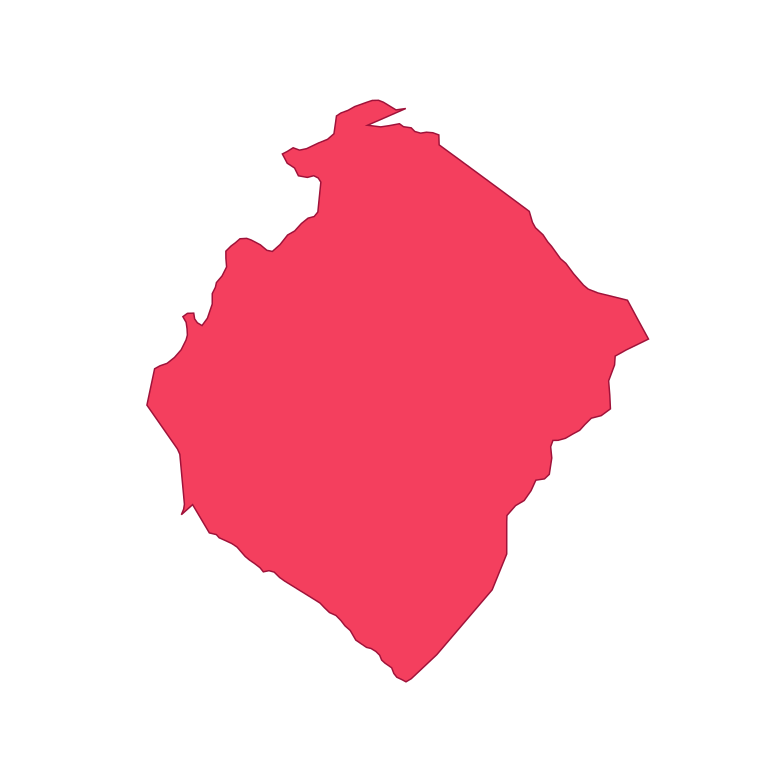 São José de Espinharas, Paraíba, Brazil (Equal Earth projection), rotated 49°
{"feature_id": "56859067B13371675739856", "entity_name": "São José de Espinharas", "entity_type": "district", "adm_level": 2, "iso_a3": "BRA", "parent_name": "Brazil", "parent_adm1": "Paraíba", "projection": "equal_earth", "projection_center": [-37.406, -6.814], "detail": "fine", "context": "isolated", "style": "filled", "palette": "rose", "viewbox_px": 768, "rotation_deg": 49, "n_neighbors": 0, "source": "geoboundaries", "source_scale": "gbopen_adm2", "svg_char_len": 2246}
<svg xmlns="http://www.w3.org/2000/svg" viewBox="0 0 768 768"><g transform="rotate(49 384 384)"><path d="M551.3,229.4L540.4,220.8L529.0,212.4L520.9,197.5L514.6,191.2L517.2,178.8L523.6,154.9L502.7,150.3L480.5,145.3L455.5,162.9L446.4,167.6L440.2,168.6L432.7,168.6L425.1,168.6L412.3,167.6L405.2,168.6L390.0,167.2L384.2,167.2L375.8,166.1L365.4,167.2L359.4,165.9L349.0,161.1L321.2,167.2L293.9,173.3L280.5,176.3L239.7,185.5L232.0,179.2L226.4,182.3L221.8,186.8L218.7,191.8L213.6,195.1L208.5,195.4L202.6,200.5L197.7,201.6L192.3,210.8L187.8,217.8L182.9,222.2L177.9,226.7L190.4,186.8L185.0,195.1L170.9,199.6L166.3,202.0L162.3,206.8L160.1,212.1L155.4,224.1L153.9,231.5L151.2,238.7L150.5,244.0L155.4,249.6L162.3,257.6L162.3,266.1L159.2,275.0L155.6,288.0L152.1,294.3L146.1,297.6L145.0,304.5L143.7,309.8L153.9,312.2L162.3,309.8L170.7,312.0L177.8,306.3L180.7,300.4L185.3,298.5L190.2,299.2L210.8,321.1L211.8,326.8L209.0,332.5L208.7,341.1L209.9,351.0L208.3,359.0L210.6,371.0L210.7,381.3L206.2,384.7L197.9,386.0L192.9,387.9L188.1,389.8L184.0,392.1L179.9,397.4L179.9,403.5L179.5,409.0L180.0,416.2L185.6,421.0L192.4,426.0L196.2,435.3L197.5,443.9L200.4,447.8L203.1,454.3L211.0,461.2L218.5,474.1L220.5,483.0L215.4,484.7L210.6,484.2L205.7,481.1L201.7,486.0L201.2,491.6L207.7,492.9L213.1,496.4L218.1,500.3L220.9,504.5L225.1,514.6L226.5,524.7L226.1,534.2L223.3,541.1L222.0,547.1L244.4,576.8L297.5,582.5L303.1,584.2L310.6,589.6L343.8,613.5L347.0,617.3L349.7,622.7L349.5,607.6L381.8,613.5L387.7,609.3L391.9,609.3L397.5,606.7L404.4,603.6L410.6,601.9L415.7,601.9L423.1,601.9L428.7,601.0L434.4,599.5L441.3,598.1L446.6,598.3L449.4,593.3L453.9,590.3L461.6,589.7L467.8,588.2L500.4,578.1L507.3,576.0L513.9,575.7L520.7,575.1L527.2,572.1L534.2,571.7L540.9,572.1L547.9,571.2L554.1,572.4L558.8,573.3L565.7,571.5L571.3,570.0L575.1,567.3L580.5,565.6L585.8,565.2L590.8,566.9L595.3,566.4L603.2,564.4L609.0,566.5L613.7,566.7L619.2,564.3L623.2,562.8L624.3,556.8L622.9,521.7L610.3,437.4L592.8,402.9L568.3,381.6L563.9,377.5L562.1,364.5L563.9,354.6L561.0,343.0L556.2,332.5L560.9,325.1L560.6,318.5L549.9,305.9L540.7,299.4L537.4,293.5L540.7,289.6L544.0,282.7L545.6,274.3L547.3,266.6L546.4,259.2L545.8,250.0L550.4,240.8L551.3,229.4Z" fill="#f43f5e" stroke="#9f1239" stroke-width="1.5"/></g></svg>